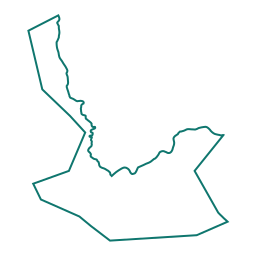 Chinda, Santa Bárbara, Honduras (Mercator projection)
{"feature_id": "27666195B5560017961245", "entity_name": "Chinda", "entity_type": "district", "adm_level": 2, "iso_a3": "HND", "parent_name": "Honduras", "parent_adm1": "Santa Bárbara", "projection": "mercator", "projection_center": [-88.15, 15.16], "detail": "fine", "context": "isolated", "style": "outline", "palette": "teal", "viewbox_px": 256, "rotation_deg": 0, "n_neighbors": 0, "source": "geoboundaries", "source_scale": "gbopen_adm2", "svg_char_len": 5580}
<svg xmlns="http://www.w3.org/2000/svg" viewBox="0 0 256 256"><path d="M223.4,135.1L223.1,135.0L222.7,135.1L222.3,135.2L222.0,135.3L221.6,135.3L221.2,135.3L220.7,135.3L220.4,135.3L220.2,135.2L219.1,134.9L218.3,134.8L217.4,134.6L216.5,134.4L215.4,134.1L215.0,134.0L214.5,133.8L214.3,133.7L214.2,133.6L213.8,133.4L213.5,133.2L213.0,132.9L212.6,132.5L212.4,132.4L211.9,132.0L211.7,131.8L211.2,131.3L211.1,131.2L210.8,130.9L210.5,130.6L210.3,130.2L210.0,129.8L209.7,129.5L209.4,129.2L209.0,128.8L208.8,128.6L208.5,128.3L208.1,128.0L207.7,127.7L207.3,127.4L206.9,127.2L206.6,127.1L206.3,127.0L206.0,126.9L205.8,126.9L205.5,126.9L205.2,126.8L204.7,126.9L203.7,127.0L203.1,127.1L202.5,127.2L201.3,127.4L199.3,127.9L198.8,128.0L198.3,128.2L198.0,128.4L197.3,128.8L197.0,128.9L196.5,129.1L196.2,129.2L195.7,129.4L195.2,129.5L194.9,129.5L194.5,129.5L193.1,129.4L191.0,129.3L188.9,129.1L188.4,129.1L188.2,129.1L187.9,129.1L187.6,129.2L187.1,129.3L186.6,129.4L186.2,129.6L185.9,129.8L185.5,130.0L185.2,130.1L184.7,130.4L184.1,130.6L183.7,130.8L182.2,131.2L181.9,131.3L181.5,131.4L181.2,131.5L180.9,131.5L180.4,131.5L180.2,131.5L179.9,131.6L179.7,131.8L179.4,132.1L178.5,133.0L178.4,133.1L178.2,133.4L178.1,133.5L178.0,133.8L177.9,134.1L177.7,134.3L177.4,134.5L176.9,134.7L176.5,135.0L175.7,135.6L175.3,135.8L175.0,136.1L174.8,136.3L174.6,136.5L174.4,136.7L174.3,136.9L174.1,137.1L173.9,137.4L173.8,137.6L173.7,137.8L173.6,138.1L173.5,138.4L173.5,138.6L173.5,139.0L173.6,139.6L173.7,140.2L173.8,140.7L174.0,141.5L174.1,141.9L174.1,142.3L174.2,142.6L174.2,143.0L174.1,143.6L174.1,144.1L173.9,144.8L173.8,145.3L173.6,145.9L173.2,146.9L173.0,147.7L172.8,148.2L172.6,149.0L172.5,149.5L172.3,149.9L172.2,150.2L172.0,150.5L171.8,150.9L171.6,151.3L171.3,151.7L171.1,151.9L170.9,152.1L170.6,152.3L170.4,152.5L170.1,152.7L169.8,152.8L169.5,152.9L169.1,153.0L168.8,153.0L168.5,153.0L168.2,153.0L167.7,152.9L167.3,152.8L167.1,152.6L166.9,152.5L166.5,152.3L166.3,152.2L165.9,152.0L165.5,151.9L164.8,151.6L164.1,151.3L163.7,151.2L163.3,151.1L163.1,151.1L162.9,151.1L162.7,151.1L162.1,151.2L161.7,151.3L161.3,151.4L160.8,151.7L160.4,151.8L160.2,152.0L159.8,152.2L159.7,152.3L159.5,152.6L159.4,152.8L159.1,153.3L158.9,153.7L158.6,154.4L158.1,155.1L157.8,155.5L157.0,156.6L156.6,157.1L156.2,157.5L155.6,158.1L155.4,158.3L155.2,158.4L155.1,158.5L154.8,158.7L154.3,158.9L154.0,159.0L153.7,159.2L153.5,159.4L153.0,159.8L152.3,160.4L151.9,160.7L151.2,161.3L150.9,161.5L150.3,161.9L150.0,162.1L149.5,162.3L149.2,162.5L148.8,162.7L148.3,162.9L147.0,163.4L146.2,163.7L143.3,165.1L139.0,167.0L138.3,167.3L138.1,167.4L138.0,167.5L137.5,168.5L137.3,168.9L137.0,169.7L136.6,170.5L136.5,170.8L136.2,171.3L135.9,171.9L135.5,172.5L135.3,172.8L135.1,173.0L134.9,173.2L134.6,173.4L134.0,173.6L133.6,173.7L133.1,173.9L132.9,173.9L132.6,174.0L132.4,174.0L132.1,174.0L131.9,173.9L131.6,173.7L131.4,173.6L131.2,173.4L131.0,173.2L130.8,173.0L130.6,172.7L130.3,172.3L130.2,172.0L130.0,171.7L129.8,171.2L129.7,171.0L129.6,170.7L129.4,170.4L129.1,170.0L128.8,169.6L128.5,169.3L128.1,168.9L127.8,168.7L127.5,168.5L127.0,168.2L126.6,168.0L126.2,167.8L125.9,167.7L125.7,167.7L125.2,167.6L124.7,167.5L124.4,167.6L124.1,167.6L123.9,167.6L123.6,167.7L123.2,167.8L122.8,168.0L122.1,168.3L121.5,168.6L120.7,169.1L118.9,170.2L118.0,170.8L117.0,171.5L116.4,171.9L115.9,172.3L115.3,172.8L114.5,173.5L114.1,173.8L111.7,176.0L110.4,174.6L110.3,173.7L110.0,172.5L108.2,170.8L107.1,170.2L105.2,169.0L103.9,168.4L102.0,167.8L100.3,166.9L99.5,165.8L99.2,165.0L99.1,164.1L98.6,162.1L97.8,161.4L97.4,161.0L97.1,160.2L96.5,159.5L95.2,159.2L93.6,158.7L92.4,157.8L91.7,157.3L90.8,156.6L90.6,155.4L90.8,155.1L90.9,154.2L90.0,152.7L88.7,151.6L88.2,150.8L88.2,150.0L88.9,148.5L89.9,147.5L90.9,146.6L91.5,145.9L91.8,144.4L91.6,143.6L91.7,142.5L91.8,142.0L91.8,141.3L91.0,140.1L91.2,138.9L91.6,138.1L91.8,137.4L91.3,137.1L91.1,137.1L90.2,136.9L89.7,136.7L89.5,136.2L90.0,135.7L91.2,135.6L92.1,135.4L92.6,134.6L92.6,134.1L92.7,133.4L92.5,132.8L91.8,132.5L91.1,132.2L90.7,131.4L90.8,130.5L91.3,130.0L92.4,129.4L93.6,128.9L94.3,128.7L94.8,128.4L95.2,127.8L95.0,127.0L94.7,126.9L94.3,126.9L93.3,127.0L92.5,126.8L91.8,125.9L91.5,124.7L91.6,123.7L91.0,122.8L90.3,122.2L89.1,121.2L87.9,120.3L86.9,119.4L86.1,118.9L85.7,118.1L85.7,116.0L85.4,115.6L84.2,115.2L83.7,115.1L82.9,114.9L82.1,114.4L81.7,114.1L81.4,113.4L81.4,112.7L81.1,111.5L81.0,109.7L80.8,108.8L81.0,107.9L81.2,107.1L81.2,106.3L81.3,105.3L82.0,104.4L82.9,103.8L83.5,103.5L83.7,102.4L83.3,101.7L82.6,101.2L80.7,100.8L78.0,101.1L77.2,101.2L76.0,100.7L74.5,99.7L73.2,98.9L71.0,98.0L70.3,97.7L69.5,96.3L69.4,95.4L68.8,93.8L68.2,91.6L67.4,89.3L67.0,87.9L66.8,87.4L66.7,86.0L67.4,85.0L67.9,84.0L68.1,82.5L67.9,80.0L67.7,77.5L67.5,76.3L67.0,75.1L66.5,73.7L66.6,72.9L67.1,72.1L67.3,71.4L67.4,70.6L67.0,69.4L65.5,66.6L63.4,63.5L62.1,61.3L60.1,58.5L59.5,57.4L59.1,56.0L58.8,54.5L58.6,53.1L58.3,51.8L57.9,50.7L57.5,49.5L57.2,48.5L56.9,47.0L56.7,45.3L56.6,43.8L56.6,42.2L57.4,40.8L58.3,38.7L58.8,37.5L58.9,35.8L59.3,33.8L59.4,32.2L59.2,30.4L58.9,28.9L58.8,27.2L58.8,25.9L58.3,25.1L57.2,22.9L57.3,22.7L57.4,22.4L57.5,22.2L57.8,21.8L58.3,21.3L58.5,21.1L58.8,20.7L59.1,20.2L59.2,19.9L59.3,19.7L59.4,19.3L59.4,19.0L59.4,18.9L59.4,18.7L59.3,18.3L59.3,18.0L59.1,17.4L59.0,17.1L58.9,16.8L58.7,16.4L58.5,15.8L58.4,15.6L58.3,15.4L28.4,30.7L42.3,89.4L70.1,116.0L85.2,132.5L68.9,170.9L33.2,183.7L40.9,199.5L79.4,216.5L91.0,226.1L110.0,240.6L196.7,235.2L227.6,221.7L227.2,221.3L225.7,219.9L224.1,218.5L222.9,217.3L221.7,216.1L219.9,214.4L218.2,212.6L194.6,170.9L223.4,135.1Z" fill="none" stroke="#0f766e" stroke-width="2"/></svg>